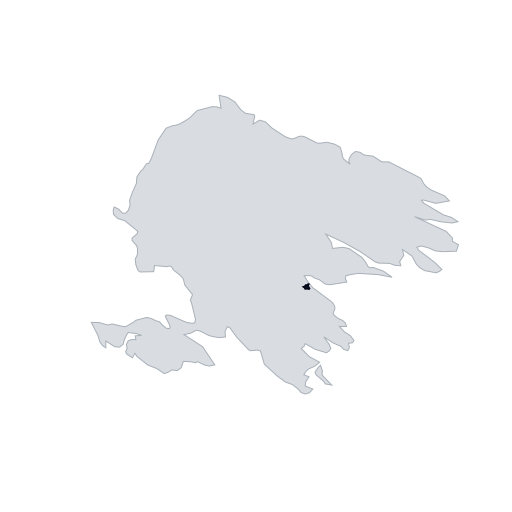 Galway City Central Lea-6, Galway, Ireland (highlighted), rotated 220°
{"feature_id": "5873133B36266904868513", "entity_name": "Galway City Central Lea-6", "entity_type": "district", "adm_level": 2, "iso_a3": "IRL", "parent_name": "Ireland", "parent_adm1": "Galway", "projection": "equal_earth", "projection_center": [-9.064, 53.286], "detail": "fine", "context": "in_parent", "style": "filled", "palette": "ink", "viewbox_px": 512, "rotation_deg": 220, "n_neighbors": 0, "source": "geoboundaries", "source_scale": "gbopen_adm2", "svg_char_len": 4736}
<svg xmlns="http://www.w3.org/2000/svg" viewBox="0 0 512 512"><g transform="rotate(220 256 256)"><path d="M322.3,111.6L311.6,117.0L310.0,119.0L307.1,127.3L306.7,129.6L300.1,138.8L296.3,140.7L290.7,142.2L287.4,143.6L283.4,142.9L278.2,143.0L275.7,144.7L275.8,145.9L277.4,147.4L286.9,151.6L286.4,153.4L283.7,155.4L266.7,160.4L261.6,163.4L259.9,165.4L261.7,168.7L275.4,178.7L277.8,179.8L279.8,185.6L291.9,188.0L296.9,191.7L301.1,192.5L310.3,192.2L314.1,193.6L316.1,192.5L317.3,190.6L327.6,183.5L324.3,178.2L334.6,169.2L337.5,169.3L342.4,172.1L346.5,175.9L347.8,181.0L351.7,185.7L354.2,187.2L360.8,188.2L362.4,190.0L361.4,196.7L362.4,198.9L379.3,198.7L386.0,195.8L391.9,196.3L394.8,199.3L396.2,202.4L391.2,203.6L385.9,203.0L383.3,205.0L383.2,208.9L385.1,214.0L388.7,217.5L391.7,225.6L394.2,234.6L398.0,240.0L398.9,246.8L398.4,250.1L399.2,256.1L397.7,258.2L399.0,263.8L405.5,281.9L407.0,296.1L404.1,301.5L400.1,306.5L397.6,312.5L395.6,319.0L394.6,329.5L385.9,341.8L382.2,344.9L377.8,346.7L387.6,355.4L379.8,359.2L371.3,360.4L361.8,358.3L355.9,358.5L348.4,363.0L346.7,362.2L343.1,355.1L340.5,362.4L335.1,364.8L325.8,364.3L310.2,366.2L304.2,368.3L301.7,371.6L299.9,375.4L297.5,377.6L294.7,378.8L282.7,381.5L280.3,382.7L274.7,388.8L267.4,392.3L261.3,393.4L255.9,389.8L253.7,387.7L251.2,386.6L242.9,386.8L245.5,387.9L247.2,390.4L248.0,395.2L247.1,399.9L243.0,402.3L238.2,402.8L230.5,407.7L220.2,409.0L214.7,413.5L181.0,421.2L179.0,421.3L174.4,419.3L169.3,418.5L164.3,419.1L150.1,423.3L143.3,422.5L152.1,411.9L163.8,406.5L165.0,405.0L161.2,404.3L138.9,408.0L131.1,411.2L123.4,412.1L127.0,407.3L137.0,400.7L145.7,396.3L149.4,392.4L159.9,388.0L126.0,397.1L117.1,396.0L115.1,393.5L108.1,394.7L105.6,388.5L115.9,379.2L121.9,375.2L129.0,373.1L135.8,370.0L138.4,366.2L135.2,365.0L114.7,366.0L105.0,365.2L105.5,362.2L107.3,358.8L117.5,353.2L123.0,352.3L127.9,352.8L136.5,356.2L148.0,355.1L143.2,351.5L142.4,344.1L138.8,341.6L143.5,338.2L148.9,336.2L157.8,329.2L161.0,328.1L178.7,326.4L197.8,322.7L216.7,317.6L207.0,314.8L202.3,311.0L194.9,318.6L189.5,321.5L174.3,323.0L169.6,322.2L162.8,319.8L160.7,320.7L158.7,322.6L148.7,326.3L138.1,327.2L150.4,320.3L166.0,308.8L169.5,305.1L174.4,298.8L172.9,296.0L169.7,294.4L181.0,281.4L185.0,279.0L192.1,278.6L197.4,276.6L199.7,276.6L201.8,275.8L206.5,271.9L199.3,269.5L192.0,268.2L169.2,269.5L166.2,269.2L163.4,268.0L161.6,266.3L160.2,261.9L158.5,260.9L153.4,260.9L148.3,262.3L144.8,262.2L141.3,260.2L146.9,255.7L139.8,254.7L132.5,255.6L126.5,254.2L126.4,251.4L129.1,248.6L125.6,245.9L124.9,242.5L128.7,240.9L132.8,241.4L141.3,238.9L152.1,237.7L142.8,235.3L139.2,233.2L139.0,230.0L139.8,227.2L150.5,222.6L162.0,220.5L161.1,217.5L161.9,214.2L150.4,213.2L139.0,215.5L140.2,209.2L143.0,203.5L143.6,199.8L143.0,195.8L137.7,197.5L137.1,191.8L134.8,188.0L126.9,190.6L127.2,185.5L129.5,182.0L133.6,180.4L137.7,181.1L145.3,181.0L152.6,178.3L163.2,177.7L180.1,178.5L191.6,186.1L194.6,184.7L199.3,179.9L201.4,179.4L218.9,181.5L229.7,184.2L232.6,183.4L231.1,178.1L227.3,174.4L232.0,169.6L237.7,166.3L241.4,164.7L250.2,162.7L254.0,160.8L256.5,154.7L260.6,149.5L238.6,152.2L217.6,146.1L220.9,141.8L225.3,139.4L233.0,137.5L233.7,135.3L237.5,133.4L243.9,128.6L241.5,122.2L242.7,117.6L247.3,114.5L248.7,110.2L250.7,107.0L260.0,105.9L268.9,102.9L282.6,102.5L286.2,103.7L285.3,98.5L291.8,97.8L294.3,98.8L295.4,102.5L298.4,104.9L299.4,109.0L297.4,112.2L294.2,114.7L297.2,117.2L292.6,121.7L297.6,119.8L304.7,115.3L304.3,111.7L303.0,107.1L301.0,103.0L301.9,98.5L305.9,95.7L316.4,94.3L312.0,89.1L315.9,88.7L320.1,89.7L326.3,93.7L339.5,99.3L333.2,104.3L325.3,107.8L322.3,111.6ZM136.7,211.3L136.4,213.8L131.3,210.7L128.9,207.3L115.0,205.8L120.8,202.5L123.6,203.5L133.4,203.6L136.2,205.0L136.7,211.3Z" fill="#d9dde1" stroke="#a8b0b8" stroke-width="1"/><path d="M200.0,262.8L199.8,262.8L199.8,262.7L199.6,262.7L199.4,262.7L199.2,262.8L198.9,262.9L198.7,262.9L198.3,263.0L198.2,262.9L198.1,262.7L197.7,262.6L197.4,262.4L197.2,262.3L197.0,262.5L196.9,262.5L196.7,262.8L196.7,263.0L196.4,263.2L196.4,263.6L196.2,263.8L195.6,263.7L195.1,264.2L194.9,264.1L194.7,264.1L194.8,264.1L194.7,264.2L194.5,264.4L194.4,264.4L194.3,264.7L194.2,264.8L194.2,265.0L193.9,265.1L193.9,265.4L193.4,265.5L193.5,265.5L195.3,265.9L195.4,266.1L195.8,266.2L196.1,266.1L197.3,266.3L197.1,266.5L197.0,266.9L197.0,267.0L197.3,267.1L197.7,267.1L197.8,267.1L198.0,267.0L198.2,266.8L198.3,266.8L198.7,266.3L199.2,265.6L199.3,265.6L199.3,265.4L199.0,265.4L198.9,265.3L198.6,265.2L198.6,264.9L199.0,264.6L199.2,264.4L199.2,263.9L199.3,263.7L199.4,263.3L199.7,263.2L200.0,262.8ZM198.0,267.8L197.9,267.8L197.9,267.7L197.8,267.8L197.7,267.9L197.8,267.9L198.0,267.9L198.0,268.0L198.1,267.9L198.1,267.7L198.0,267.8Z" fill="#0f172a" stroke="#020617" stroke-width="1.5"/></g></svg>